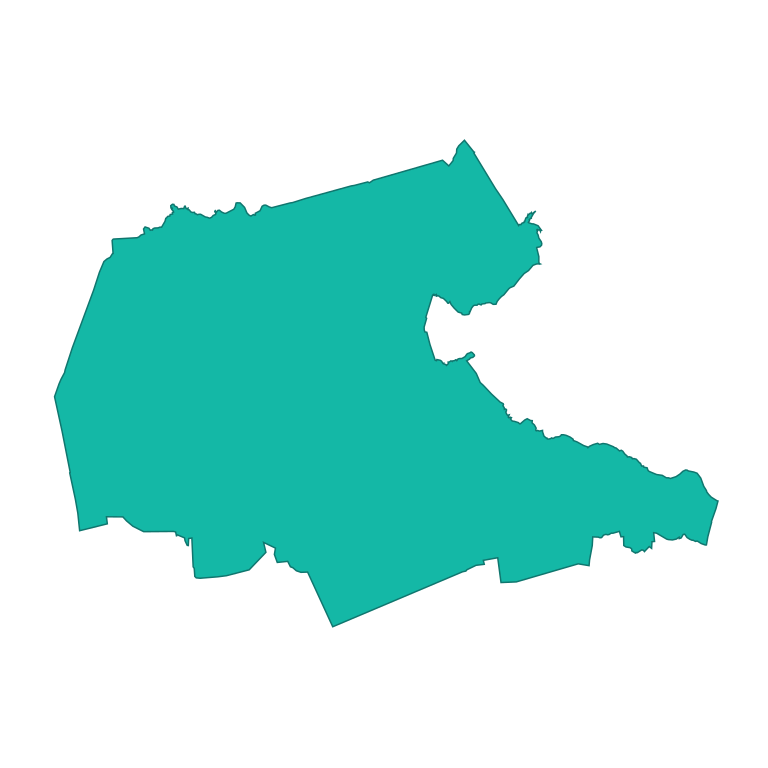 Lunca Corbului, Arges, Romania (Mercator projection), rotated 88°
{"feature_id": "2599482B7235716813280", "entity_name": "Lunca Corbului", "entity_type": "district", "adm_level": 2, "iso_a3": "ROU", "parent_name": "Romania", "parent_adm1": "Arges", "projection": "mercator", "projection_center": [24.731, 44.682], "detail": "fine", "context": "isolated", "style": "filled", "palette": "teal", "viewbox_px": 768, "rotation_deg": 88, "n_neighbors": 0, "source": "geoboundaries", "source_scale": "gbopen_adm2", "svg_char_len": 6134}
<svg xmlns="http://www.w3.org/2000/svg" viewBox="0 0 768 768"><g transform="rotate(88 384 384)"><path d="M461.8,701.2L488.2,696.5L502.4,694.5L520.0,693.3L514.1,665.4L507.0,666.0L507.7,649.6L511.8,646.1L517.4,639.9L523.2,629.3L524.0,599.4L524.6,597.4L529.1,596.6L527.3,596.4L530.8,588.7L533.7,588.3L538.4,586.3L538.6,585.2L531.6,584.6L531.2,581.4L560.1,581.1L561.6,580.1L569.7,579.8L571.2,578.4L571.7,574.5L570.9,557.0L570.1,548.2L565.0,525.2L548.1,507.9L538.1,509.9L544.2,498.2L550.5,499.5L558.6,496.9L557.9,486.4L563.4,483.9L564.4,481.5L567.6,478.1L569.3,473.6L569.3,466.9L624.8,443.7L574.4,312.0L573.8,308.7L572.5,307.6L568.4,298.3L567.7,290.1L563.7,290.9L561.6,276.4L586.5,274.0L586.4,258.7L570.5,196.2L572.7,185.4L567.0,184.7L552.7,181.5L544.1,180.7L544.5,175.1L545.1,174.0L545.2,172.4L544.9,171.7L542.7,169.9L542.0,167.5L542.5,165.9L542.3,164.4L541.0,162.1L541.1,160.4L539.5,153.9L545.0,152.5L544.9,149.9L553.8,150.0L555.3,147.9L556.2,143.7L557.4,142.3L559.5,142.1L561.8,138.6L561.6,138.0L561.2,137.9L561.4,136.7L558.8,132.2L559.3,130.5L560.6,129.6L555.7,124.6L557.6,122.3L551.0,121.7L550.8,119.1L542.0,119.7L542.6,116.8L548.9,106.9L549.4,105.3L549.9,101.2L549.2,97.3L547.4,94.4L548.8,94.3L548.2,92.4L544.8,90.2L544.6,88.7L548.0,86.5L549.8,83.9L550.9,81.6L550.9,80.5L552.2,78.2L551.9,76.7L552.2,75.9L554.5,72.6L556.1,68.6L556.1,67.4L548.0,65.7L533.6,61.4L532.7,61.5L520.2,56.6L512.6,54.3L512.3,55.3L508.5,60.9L505.7,63.4L503.1,65.2L501.7,65.5L497.4,68.0L489.1,70.7L484.1,74.2L482.8,77.4L481.5,82.9L480.6,84.2L480.5,85.7L481.7,88.4L484.4,91.5L486.8,95.4L488.4,101.0L487.7,102.9L487.6,105.1L485.0,109.1L484.0,114.7L480.7,121.9L479.7,123.1L476.9,124.0L476.2,127.2L475.0,127.5L475.0,129.4L472.1,130.5L471.8,131.3L468.0,134.4L467.3,136.6L467.4,138.4L466.1,139.0L465.3,141.2L465.4,143.3L464.3,143.7L462.4,145.8L459.5,147.7L458.5,149.2L459.1,151.0L456.1,154.2L455.6,155.9L454.8,156.7L451.8,163.4L451.1,167.2L451.9,170.9L450.7,172.5L451.8,176.9L453.4,180.8L454.7,182.4L454.0,182.7L452.5,186.6L448.6,193.1L447.1,196.7L445.7,197.0L443.5,199.9L441.6,203.9L441.0,206.4L440.9,208.5L442.1,209.4L442.8,211.1L443.0,214.6L444.2,216.6L444.2,217.6L443.7,218.2L444.5,219.8L444.8,221.6L444.5,222.8L443.7,223.0L443.6,223.8L441.7,225.9L437.4,227.2L435.9,227.2L436.5,230.3L435.8,232.2L436.1,233.4L435.8,233.8L435.3,234.0L433.4,233.5L430.2,235.1L428.0,237.4L425.8,237.1L425.6,238.8L423.7,242.1L424.9,244.6L428.5,249.1L428.5,249.9L427.3,251.0L425.9,254.9L425.5,257.1L423.5,258.8L422.1,257.8L421.6,258.9L422.1,260.4L421.4,261.0L419.2,260.0L419.6,261.5L418.8,262.3L416.2,263.3L415.2,262.6L413.9,262.5L413.2,263.3L413.6,264.6L411.8,264.7L409.9,265.9L408.8,265.3L407.8,265.6L406.1,268.6L397.7,277.0L388.6,285.0L385.9,287.8L376.7,291.4L363.7,300.6L362.1,297.6L361.0,296.8L360.5,294.3L359.0,292.6L358.0,292.7L355.7,294.7L355.1,295.9L355.9,297.2L356.5,299.4L357.1,300.2L359.5,302.0L361.2,305.2L361.2,307.7L361.5,308.8L362.0,309.8L363.1,310.2L363.2,310.7L362.5,311.0L362.3,311.6L363.1,312.7L363.4,315.0L363.8,315.1L363.2,316.3L364.2,317.8L364.4,319.2L365.8,318.9L367.6,320.9L366.8,321.5L366.0,323.6L365.3,323.5L365.5,324.4L363.2,325.7L362.3,326.9L361.4,330.3L362.5,330.7L362.1,332.0L346.1,336.7L333.8,339.4L333.4,341.3L331.3,341.9L328.5,341.9L319.8,339.1L318.8,339.9L297.2,332.4L297.0,331.6L296.3,331.7L296.1,331.0L297.2,330.6L296.4,328.7L297.9,328.8L298.1,328.2L297.5,327.6L298.0,326.1L299.7,324.2L300.5,321.7L303.8,318.5L305.4,317.5L305.5,316.6L304.0,315.3L306.8,314.2L310.8,311.1L314.7,307.4L315.9,303.9L317.3,303.4L317.8,301.1L317.4,297.1L316.7,296.2L314.8,296.0L315.0,295.6L311.0,293.7L308.8,291.8L308.4,290.4L308.5,288.2L307.5,287.2L307.5,285.8L308.1,285.0L308.3,284.0L307.4,283.3L307.2,280.2L306.6,279.4L306.3,276.0L306.6,274.5L308.2,272.1L308.2,269.3L305.4,268.0L302.8,265.8L300.6,263.5L299.0,261.1L293.0,255.8L292.1,254.5L290.7,250.8L283.8,245.1L278.5,240.1L275.7,235.6L270.6,231.0L269.4,227.5L269.3,225.8L269.6,224.1L269.5,223.7L269.1,224.5L267.7,225.0L262.1,224.8L253.1,226.7L252.8,226.5L252.4,223.4L250.8,221.7L249.2,221.4L247.2,221.9L243.7,224.1L240.4,224.8L238.2,225.9L236.2,225.2L236.2,225.6L235.1,225.8L234.8,225.5L235.4,224.8L235.5,224.0L235.2,223.1L237.0,222.3L236.0,222.1L235.9,221.3L231.2,224.5L229.2,229.0L229.1,230.5L228.0,233.6L227.5,234.1L225.8,232.9L224.6,233.1L223.5,231.0L222.9,231.1L218.8,228.6L216.4,226.3L218.8,229.7L218.9,230.3L217.9,230.7L218.5,231.0L218.4,231.9L219.9,233.7L219.5,234.1L222.2,235.1L222.8,234.2L222.5,235.4L223.1,236.5L225.9,237.5L226.3,238.1L226.8,237.8L227.6,238.7L228.0,240.4L229.5,241.6L229.3,241.8L229.4,243.3L230.3,243.9L203.9,258.7L192.8,265.7L156.4,286.1L155.5,285.5L155.1,286.2L143.2,295.1L148.6,301.0L151.8,303.1L155.7,303.5L160.9,306.9L163.1,307.1L168.3,311.6L162.4,317.7L179.9,387.6L182.4,391.5L181.5,393.2L184.5,406.7L184.9,409.9L195.8,455.7L199.5,469.0L199.8,471.6L203.9,490.1L203.1,492.4L201.1,495.9L201.1,497.7L202.1,499.6L206.5,501.8L208.9,506.7L210.6,506.6L210.8,507.2L210.1,508.6L211.5,511.1L210.7,512.8L208.3,515.0L202.6,517.2L198.0,521.4L197.8,524.5L198.0,525.5L201.7,526.5L204.1,528.0L207.9,536.0L207.8,537.7L206.4,540.4L204.6,542.4L204.7,543.9L206.4,545.4L204.9,546.6L205.6,547.1L207.9,546.1L208.7,546.4L209.6,548.8L211.4,550.5L212.2,552.6L211.2,554.9L210.9,556.6L208.0,561.3L207.9,562.8L208.3,564.7L207.5,565.7L207.2,566.9L205.8,567.4L205.9,569.5L205.3,571.0L203.2,572.6L202.9,573.8L201.4,573.7L202.0,575.0L201.8,575.6L199.3,576.5L199.4,577.1L201.7,578.0L201.5,580.7L202.1,583.5L199.9,584.7L198.7,587.2L197.2,587.7L197.0,589.2L198.3,590.9L200.5,590.8L200.9,590.6L200.6,590.0L200.9,589.4L202.2,590.0L203.9,588.5L204.9,588.3L205.3,589.5L206.8,589.4L207.2,591.8L208.7,592.2L209.0,594.4L210.4,595.5L210.8,596.3L213.8,597.2L219.5,600.8L219.4,602.4L220.1,604.4L220.1,607.7L220.7,609.4L222.1,610.0L221.9,611.0L222.2,612.2L220.1,613.5L218.7,617.3L220.7,618.9L225.6,618.1L226.6,621.6L228.5,623.9L229.2,625.7L229.7,649.1L230.0,649.9L231.1,650.7L244.1,650.2L244.1,650.7L247.9,653.3L249.3,656.4L251.8,659.6L262.4,664.5L280.0,670.9L336.9,694.2L358.8,702.2L361.4,702.8L367.8,706.5L372.4,708.7L385.2,713.7L419.8,707.4L461.4,700.7L461.8,701.2Z" fill="#14b8a6" stroke="#0f766e" stroke-width="1.5"/></g></svg>